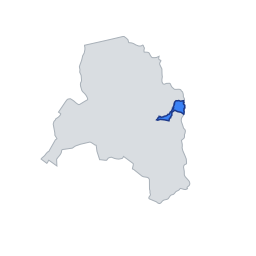 Ezo, Western Equatoria, South Sudan (highlighted), rotated 216°
{"feature_id": "79223893B74346966367837", "entity_name": "Ezo", "entity_type": "district", "adm_level": 2, "iso_a3": "SSD", "parent_name": "South Sudan", "parent_adm1": "Western Equatoria", "projection": "natural_earth1", "projection_center": [27.738, 5.603], "detail": "fine", "context": "in_parent", "style": "filled", "palette": "blue", "viewbox_px": 256, "rotation_deg": 216, "n_neighbors": 0, "source": "geoboundaries", "source_scale": "gbopen_adm2", "svg_char_len": 4752}
<svg xmlns="http://www.w3.org/2000/svg" viewBox="0 0 256 256"><g transform="rotate(216 128 128)"><path d="M192.3,191.6L186.2,198.7L185.8,199.1L185.0,199.7L182.5,199.7L180.0,199.4L177.6,197.5L175.2,198.9L173.7,199.4L172.8,199.6L170.6,199.8L167.6,200.6L166.3,201.5L165.5,202.3L164.9,203.7L164.6,203.8L164.1,203.7L163.3,203.1L161.7,202.3L160.9,200.5L160.1,199.4L159.5,198.9L157.0,200.6L155.7,201.1L154.7,201.0L152.9,200.0L150.8,199.2L149.8,199.2L148.2,200.2L146.4,201.8L145.5,203.4L145.0,204.3L144.4,202.9L143.8,202.0L142.9,201.6L141.2,202.0L140.8,201.5L140.7,200.3L140.5,199.1L140.0,198.3L138.7,197.5L135.3,195.7L132.7,192.3L131.4,190.7L130.4,189.7L129.0,187.0L127.5,185.2L125.6,184.3L124.4,184.7L123.1,186.7L120.7,188.6L119.6,188.6L118.1,187.6L116.4,186.9L113.2,186.6L111.8,187.5L110.1,188.9L108.6,189.8L107.7,189.9L106.9,189.5L105.9,189.3L105.1,189.3L103.4,188.0L102.5,187.1L101.9,186.1L100.9,185.5L99.8,185.0L99.0,184.2L98.6,183.1L98.0,181.8L97.1,180.7L94.5,178.5L93.7,177.3L93.2,176.1L92.1,174.7L91.0,172.9L90.6,170.3L90.6,168.1L90.3,167.1L89.9,166.2L89.3,165.3L88.4,164.4L86.3,163.0L84.1,161.4L83.0,160.5L81.0,160.2L79.8,159.3L78.8,157.3L78.4,155.7L77.4,154.5L76.9,153.6L76.7,152.5L77.5,149.4L76.3,148.3L74.6,146.8L73.4,145.2L72.6,143.8L70.4,141.9L65.5,139.0L62.7,137.2L61.2,135.5L59.9,133.9L59.7,133.3L60.6,131.7L60.7,130.3L60.0,128.9L57.1,126.1L54.8,123.1L53.1,122.2L48.9,121.3L47.6,121.0L46.4,120.4L45.1,119.1L44.7,117.5L45.3,114.9L44.9,114.1L44.2,113.9L44.4,113.4L45.2,112.1L46.5,111.3L50.0,110.0L50.2,109.5L50.3,107.9L50.6,107.1L51.8,104.9L51.9,104.0L52.0,102.1L52.2,101.2L52.5,100.6L53.5,99.5L53.8,98.8L54.0,97.4L53.9,94.5L54.4,93.4L56.6,90.8L57.1,89.6L57.3,88.6L57.3,87.5L57.5,86.4L58.1,85.4L58.7,85.1L60.3,84.8L61.4,85.0L69.1,83.2L70.0,83.5L70.4,84.5L70.4,86.2L70.5,87.0L70.9,87.6L72.1,88.4L73.0,89.7L73.4,90.2L74.7,91.2L80.4,98.9L82.0,99.6L83.6,99.3L86.7,97.7L88.3,97.3L99.2,97.8L100.4,97.5L100.5,97.6L102.1,101.4L102.9,102.3L114.9,102.4L114.7,101.3L114.8,100.0L116.9,97.7L117.2,97.4L119.1,96.3L120.9,95.5L124.3,94.6L125.6,93.2L126.3,91.9L126.3,89.4L126.8,89.0L127.6,88.4L131.6,86.2L132.3,85.7L139.4,90.9L143.4,95.1L143.6,95.3L143.8,95.3L144.0,95.2L144.7,94.8L146.4,94.8L149.6,94.6L150.7,94.1L157.1,86.7L158.7,84.3L159.1,83.9L160.1,82.2L161.1,79.3L161.2,79.0L168.3,72.1L168.5,71.5L168.6,71.1L167.5,68.8L167.3,67.6L167.2,65.8L167.4,62.9L167.4,61.1L167.3,60.7L167.2,60.5L163.2,55.5L173.2,55.4L173.2,54.8L173.2,54.6L173.0,54.0L172.9,53.1L172.9,52.7L172.9,52.3L172.9,52.0L172.9,51.8L172.9,51.7L173.0,51.7L180.1,51.8L180.0,53.2L179.2,56.6L179.2,58.6L179.0,60.9L178.8,61.6L178.4,62.2L178.3,62.5L179.8,75.7L179.7,76.2L179.3,77.0L179.2,77.3L179.2,77.5L179.4,77.7L182.7,79.1L182.8,79.1L183.0,79.3L184.2,80.9L190.7,87.1L190.9,87.4L191.6,89.3L191.7,89.6L191.7,90.1L191.7,90.4L191.5,91.6L191.6,92.1L191.7,92.5L191.8,92.9L191.8,93.0L191.7,93.3L190.8,95.5L190.5,97.1L190.4,98.4L190.5,99.2L190.6,99.7L190.7,99.9L190.8,100.0L193.6,100.0L193.6,100.7L194.0,112.4L194.0,113.7L193.9,115.4L193.6,116.0L192.8,116.9L191.8,117.8L189.2,118.0L187.1,118.0L185.6,117.8L183.6,117.7L181.7,117.9L181.0,118.6L178.4,124.8L177.6,126.4L177.4,127.3L177.7,127.8L178.7,128.6L180.9,129.7L183.4,130.4L185.2,130.6L186.5,130.9L187.5,131.3L191.1,134.1L192.2,135.4L192.9,136.6L193.0,137.8L193.5,139.1L196.8,143.0L199.9,144.8L201.1,146.9L202.2,147.9L203.3,148.9L203.9,150.6L205.2,155.2L206.2,157.7L207.1,159.7L207.5,163.0L208.2,164.4L209.0,166.2L210.2,167.8L211.5,169.0L211.8,169.4L198.4,184.6L192.3,191.6Z" fill="#d9dde1" stroke="#a8b0b8" stroke-width="1"/><path d="M109.7,151.8L109.7,151.4L108.5,151.8L107.0,153.9L103.2,156.1L99.1,157.9L100.1,160.2L100.1,160.3L99.5,161.4L100.1,162.4L100.0,164.0L101.7,166.4L100.6,169.9L97.5,170.4L94.3,171.9L91.0,171.9L91.0,172.0L91.3,172.4L91.4,172.6L91.5,172.8L91.5,173.0L91.7,173.3L91.9,173.7L92.1,174.1L92.5,174.4L92.6,174.5L92.8,174.6L93.2,174.9L93.3,175.0L93.4,175.4L93.4,175.6L93.5,175.9L93.8,176.1L94.0,176.3L94.1,176.6L94.0,177.0L93.8,177.6L93.9,177.8L94.1,177.9L94.3,177.9L94.4,178.0L94.5,178.5L95.0,179.0L95.2,179.5L95.4,179.6L95.5,179.8L95.8,179.8L96.0,179.8L96.4,179.9L96.6,179.9L96.8,179.9L97.1,180.0L97.3,180.1L97.4,180.3L97.6,180.6L97.7,180.9L97.7,181.0L97.6,181.3L97.6,181.5L97.8,181.6L98.0,181.7L98.3,181.6L98.5,181.6L98.7,182.0L98.8,182.3L98.9,182.6L98.8,182.8L98.8,183.0L98.7,183.1L98.6,183.3L101.3,180.5L103.1,180.1L103.7,179.3L105.2,178.3L105.5,176.1L104.9,175.5L104.9,174.4L104.3,174.3L103.8,171.7L103.1,171.3L103.4,170.9L103.0,170.6L103.5,170.1L102.6,169.5L103.1,169.1L102.7,166.8L103.2,165.8L102.7,163.8L102.8,163.2L103.7,162.6L103.7,161.4L104.5,159.9L105.7,158.7L105.7,158.1L107.6,156.1L108.8,156.2L109.6,155.7L109.2,155.3L109.7,154.1L109.2,152.0L109.7,151.8Z" fill="#3b82f6" stroke="#1e3a8a" stroke-width="1.5"/></g></svg>